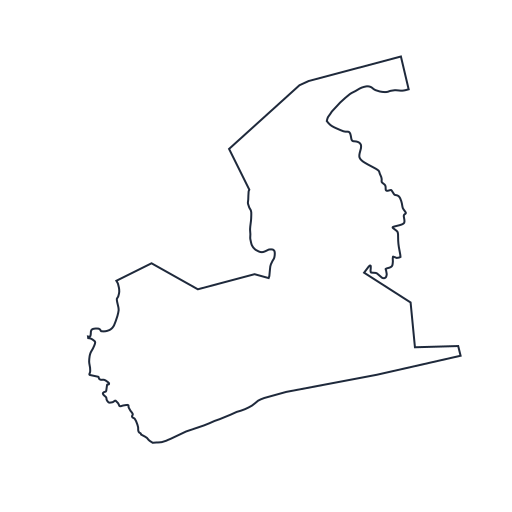 San Juan Guarita, Lempira, Honduras (Mercator projection), rotated 75°
{"feature_id": "27666195B76708955543126", "entity_name": "San Juan Guarita", "entity_type": "district", "adm_level": 2, "iso_a3": "HND", "parent_name": "Honduras", "parent_adm1": "Lempira", "projection": "mercator", "projection_center": [-88.788, 14.147], "detail": "fine", "context": "isolated", "style": "outline", "palette": "slate", "viewbox_px": 512, "rotation_deg": 75, "n_neighbors": 0, "source": "geoboundaries", "source_scale": "gbopen_adm2", "svg_char_len": 6128}
<svg xmlns="http://www.w3.org/2000/svg" viewBox="0 0 512 512"><g transform="rotate(75 256 256)"><path d="M290.3,439.1L291.9,439.3L292.3,438.3L292.8,437.3L293.5,436.4L294.3,435.6L295.4,434.7L296.7,433.8L297.2,433.7L297.8,433.7L299.1,434.3L300.8,435.5L303.2,437.5L305.7,440.0L306.6,440.8L308.1,441.8L309.6,442.6L312.3,443.7L314.8,444.5L316.5,444.8L321.0,445.2L323.8,445.8L324.7,446.1L325.5,446.5L326.9,447.5L327.4,447.6L327.8,447.4L328.0,447.1L331.8,439.7L332.0,439.5L332.3,439.4L333.2,439.4L333.8,439.3L334.4,439.1L334.8,438.7L335.2,438.2L335.5,437.7L336.0,435.5L336.3,434.8L336.7,434.2L337.4,433.4L338.5,432.5L339.6,431.6L340.6,431.1L340.9,430.9L341.2,431.0L341.5,431.1L341.8,431.3L341.9,431.6L341.9,431.9L341.7,432.5L341.7,432.9L341.9,433.2L347.3,435.5L347.7,435.8L348.0,436.1L348.1,436.5L348.1,437.7L348.3,438.5L348.7,439.2L349.2,439.5L349.7,439.5L350.7,439.2L351.7,438.6L353.0,437.7L353.6,437.4L354.1,437.3L354.8,437.3L355.9,437.5L357.0,437.3L357.9,437.0L358.7,436.6L359.2,436.3L359.6,435.8L359.8,435.3L360.0,433.7L360.1,432.4L360.0,431.8L359.8,431.2L359.3,429.9L359.3,429.4L359.5,429.0L360.0,428.7L362.3,427.4L363.8,427.0L365.3,426.8L365.7,426.5L365.9,426.2L366.1,425.5L366.0,423.2L366.3,420.3L366.6,418.6L366.8,418.3L367.0,418.1L367.3,417.9L367.6,417.9L368.9,418.2L369.9,418.1L373.0,417.3L375.3,416.3L376.5,416.0L377.0,416.0L377.4,416.2L377.7,416.4L378.2,416.9L378.6,417.2L379.0,417.3L379.4,417.2L379.9,417.1L380.2,416.8L380.7,416.4L381.2,415.7L381.8,415.3L384.3,414.6L386.1,414.4L388.2,414.2L390.7,414.2L391.5,414.3L393.0,414.7L394.2,414.9L394.9,414.9L395.6,414.8L396.4,414.4L397.2,413.6L397.6,413.3L398.1,413.2L398.7,413.2L401.8,409.9L403.5,408.4L405.9,407.3L407.2,406.4L409.7,404.1L410.3,400.7L410.9,398.2L411.4,395.2L411.2,390.4L410.9,388.9L410.5,385.8L407.4,368.9L406.2,350.2L405.5,344.4L404.6,338.7L404.2,333.3L402.7,321.6L401.6,315.0L401.5,310.6L401.1,306.3L400.4,302.4L399.5,298.7L398.0,295.1L396.3,291.4L395.7,288.5L395.3,284.8L395.1,262.0L402.0,169.9L405.3,84.2L395.3,84.0L385.3,126.1L340.9,118.7L300.1,155.9L295.4,149.9L294.8,148.8L294.7,148.4L294.8,148.1L295.2,147.8L295.6,147.8L297.4,148.3L299.9,149.2L300.9,149.3L301.3,149.3L301.6,149.2L301.8,149.0L302.1,148.3L303.2,145.1L303.8,144.0L304.5,143.4L308.3,140.8L309.6,139.9L310.1,139.3L310.4,138.6L310.6,138.0L310.6,137.3L310.3,136.4L309.8,135.7L309.0,135.2L307.9,134.6L307.1,134.4L306.1,134.3L303.8,134.1L302.6,134.2L302.1,134.1L302.0,133.9L301.8,132.6L301.8,130.1L301.6,128.9L301.4,128.2L301.1,127.6L300.7,127.1L300.1,126.6L299.1,126.1L297.8,125.6L296.7,125.2L293.9,124.6L292.2,123.9L292.1,123.7L292.6,123.0L293.3,121.9L294.1,120.9L294.3,120.6L294.5,118.6L294.5,117.7L294.3,116.7L293.3,116.5L291.9,116.3L284.3,115.7L281.2,115.3L278.0,114.7L271.9,113.2L270.1,113.0L269.2,113.1L268.4,113.5L267.5,114.1L264.8,116.2L264.2,116.6L263.7,116.6L263.5,116.4L263.4,116.1L263.3,115.0L263.4,109.2L263.3,107.3L263.1,106.0L262.7,104.9L262.3,104.3L262.0,104.1L260.9,103.6L259.3,103.3L256.0,103.0L255.1,102.7L254.8,102.5L254.4,102.1L253.8,100.7L253.6,100.4L253.3,100.2L252.9,100.1L252.1,100.3L248.9,101.5L247.7,101.8L246.4,101.8L242.9,101.5L240.6,101.5L237.6,101.8L236.5,102.1L235.8,102.4L234.9,102.9L234.4,103.5L233.9,104.1L233.1,105.7L232.8,106.2L232.4,106.5L231.7,106.8L228.2,107.9L227.7,108.1L227.3,108.4L227.2,108.7L227.1,109.2L227.1,111.7L227.0,112.4L226.7,113.0L226.2,113.4L225.8,113.5L225.2,113.5L222.7,112.9L221.9,112.9L221.3,112.9L220.8,113.1L220.3,113.3L218.0,115.0L217.1,115.4L216.8,115.4L216.2,115.3L214.3,114.7L213.0,114.6L211.9,114.6L208.7,115.1L206.3,115.2L205.3,115.5L204.0,116.5L202.8,117.6L200.8,119.7L196.6,124.2L194.2,126.6L192.7,128.0L191.2,129.1L189.8,129.9L189.0,130.2L188.2,130.4L187.3,130.5L186.5,130.4L185.1,130.0L183.4,129.2L179.2,126.8L177.6,126.2L176.7,126.0L175.9,125.9L175.2,126.0L174.2,126.4L173.6,126.7L173.1,127.1L172.2,128.1L171.3,129.6L170.3,132.3L169.9,132.9L169.5,133.2L168.8,133.5L167.7,133.6L164.1,133.3L162.4,133.3L161.1,133.6L160.3,134.1L159.8,134.8L159.0,137.5L158.5,138.6L158.0,139.5L156.2,141.9L153.5,145.3L152.0,147.1L150.3,148.9L149.0,150.0L148.3,150.5L146.4,151.6L144.0,152.7L142.3,151.8L140.8,150.8L140.1,150.1L138.0,147.5L136.2,145.5L135.4,144.3L129.5,134.9L126.3,128.7L124.4,124.5L123.9,123.4L123.3,121.5L122.4,117.2L121.1,112.6L120.7,110.3L120.6,108.0L120.7,105.6L120.9,104.5L121.4,103.1L122.1,101.9L122.8,101.0L123.6,100.3L124.9,99.4L125.5,98.9L126.3,98.1L126.8,97.5L128.4,95.0L129.1,93.9L130.1,91.7L130.9,89.5L131.3,88.1L131.4,87.0L131.5,86.1L131.3,84.3L131.3,83.2L131.7,79.7L131.8,78.9L132.3,77.3L133.8,73.3L134.2,71.7L134.4,70.2L134.5,68.7L134.5,67.3L134.5,65.4L100.8,64.4L100.6,159.8L102.3,169.8L145.6,254.3L190.2,245.3L191.5,246.3L192.0,246.5L195.6,247.7L199.5,248.9L201.5,249.7L202.6,250.1L203.7,250.2L207.1,250.0L208.2,249.8L209.9,249.3L210.6,249.2L211.6,249.2L212.7,249.3L215.0,249.9L218.3,250.9L220.6,251.7L226.0,253.9L228.3,254.7L229.4,255.0L233.5,255.8L237.0,256.9L238.1,257.1L241.8,257.3L243.5,257.3L244.5,257.2L245.6,256.9L247.0,256.5L248.1,255.9L249.2,255.3L250.1,254.6L251.2,253.4L252.3,252.2L253.2,250.9L253.5,250.2L253.8,249.4L254.0,248.0L253.9,246.5L253.7,245.2L253.1,242.1L253.2,241.1L253.4,240.1L253.8,238.8L254.1,238.3L254.4,237.8L254.8,237.5L255.3,237.2L255.8,237.0L256.3,236.9L257.5,237.0L258.8,237.3L260.5,237.9L262.2,238.7L263.3,239.5L264.9,241.2L265.8,242.0L267.8,243.7L268.6,244.2L269.8,244.9L272.6,246.0L278.8,248.3L280.6,249.5L273.2,262.1L273.1,320.8L236.0,358.8L243.8,397.3L245.9,396.7L247.3,396.5L251.1,396.6L252.8,396.8L255.0,397.3L256.0,397.7L256.9,398.1L259.5,399.6L260.0,400.1L260.9,401.1L261.2,401.4L261.7,401.6L262.5,401.8L264.4,402.0L269.9,402.2L271.4,402.4L272.8,402.7L275.2,403.8L278.1,405.4L282.5,408.3L284.4,409.7L286.4,411.2L287.3,412.2L288.1,413.2L288.7,414.2L289.2,415.4L289.6,416.7L289.7,418.0L289.8,419.3L289.7,421.0L289.4,422.6L289.0,423.8L288.6,424.9L288.1,425.3L287.1,425.5L286.6,425.7L285.6,426.6L285.3,427.2L284.9,428.4L284.5,429.9L284.3,431.7L284.3,432.6L284.4,433.2L284.7,433.7L285.0,434.2L285.5,434.6L286.4,435.1L288.3,435.7L289.1,436.0L290.1,436.5L290.5,436.8L290.7,437.2L290.8,437.8L290.6,438.5L290.3,439.1Z" fill="none" stroke="#1e293b" stroke-width="2"/></g></svg>